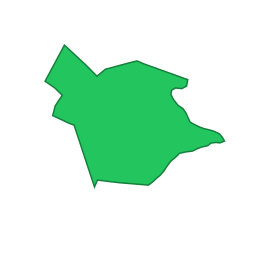 Lagoa de Dentro, Paraíba, Brazil (Mercator projection), rotated 292°
{"feature_id": "56859067B25189645014344", "entity_name": "Lagoa de Dentro", "entity_type": "district", "adm_level": 2, "iso_a3": "BRA", "parent_name": "Brazil", "parent_adm1": "Paraíba", "projection": "mercator", "projection_center": [-35.358, -6.683], "detail": "fine", "context": "isolated", "style": "filled", "palette": "green", "viewbox_px": 256, "rotation_deg": 292, "n_neighbors": 0, "source": "geoboundaries", "source_scale": "gbopen_adm2", "svg_char_len": 856}
<svg xmlns="http://www.w3.org/2000/svg" viewBox="0 0 256 256"><g transform="rotate(292 128 128)"><path d="M60.8,119.0L68.3,119.2L71.4,130.9L74.2,141.0L82.7,168.3L87.6,171.3L91.8,173.1L95.7,175.3L101.9,177.5L106.4,178.3L113.1,180.0L118.6,183.0L123.8,185.2L127.6,190.8L130.8,196.5L134.2,199.4L137.7,203.1L141.4,208.4L145.1,210.6L147.5,214.9L148.6,218.8L152.0,222.4L154.6,219.1L156.8,215.0L157.2,208.7L156.6,203.3L155.9,198.9L155.7,194.3L156.1,188.2L156.7,183.5L160.5,179.3L163.4,176.4L166.5,171.8L167.8,165.8L171.5,159.4L175.2,155.2L179.4,154.3L182.9,157.0L184.7,163.2L188.8,166.6L195.2,165.3L193.4,118.5L193.6,111.2L189.2,105.2L174.1,85.1L164.4,79.8L167.5,72.6L170.6,65.4L181.0,38.0L140.3,33.6L137.8,44.9L133.7,54.8L127.0,53.3L120.7,52.2L115.8,53.0L111.3,53.5L110.3,71.8L110.5,76.9L60.8,119.0Z" fill="#22c55e" stroke="#15803d" stroke-width="1.5"/></g></svg>